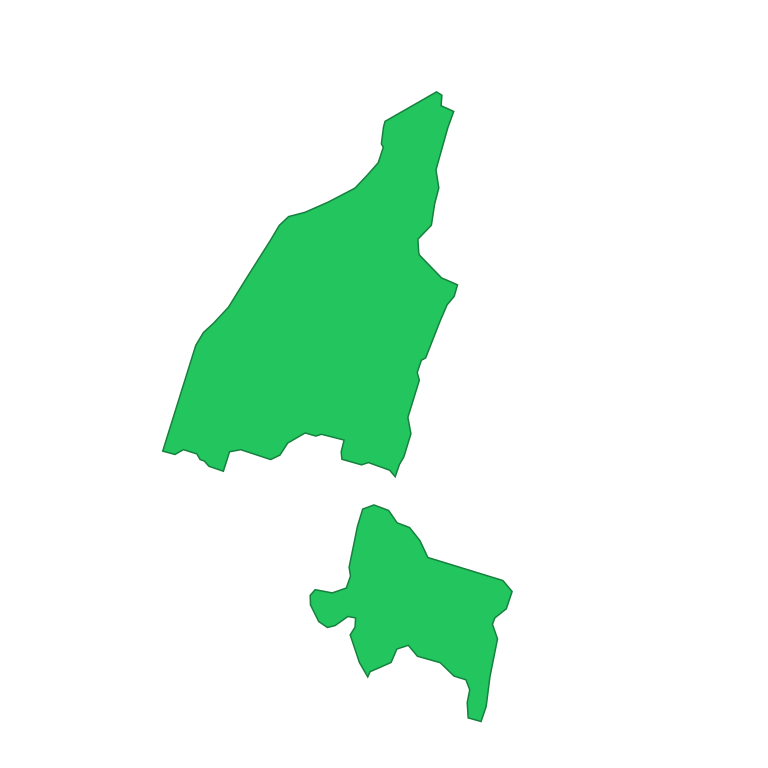 outline of Magaria, Zinder, Niger, rotated 107°
{"feature_id": "23599985B72934105448405", "entity_name": "Magaria", "entity_type": "district", "adm_level": 2, "iso_a3": "NER", "parent_name": "Niger", "parent_adm1": "Zinder", "projection": "orthographic", "projection_center": [9.055, 13.224], "detail": "fine", "context": "isolated", "style": "filled", "palette": "green", "viewbox_px": 768, "rotation_deg": 107, "n_neighbors": 0, "source": "geoboundaries", "source_scale": "gbopen_adm2", "svg_char_len": 1525}
<svg xmlns="http://www.w3.org/2000/svg" viewBox="0 0 768 768"><g transform="rotate(107 384 384)"><path d="M89.3,419.2L132.5,459.8L138.5,459.6L155.2,456.7L157.8,453.9L174.0,454.2L189.7,461.3L205.2,469.1L226.4,490.6L243.0,509.9L251.8,524.2L262.9,530.5L279.7,534.6L318.7,545.3L334.8,549.6L356.0,555.2L375.5,564.7L387.5,571.7L401.9,575.3L512.9,576.0L512.5,563.3L505.4,556.6L505.6,542.5L510.0,537.8L510.2,533.3L513.9,527.4L514.4,512.1L494.0,511.9L488.7,501.8L489.4,470.3L482.4,462.7L468.6,458.8L453.9,445.1L453.7,433.9L450.4,429.2L449.7,415.0L449.3,405.8L461.5,405.1L468.3,402.2L467.9,381.9L463.7,375.9L464.8,353.4L469.4,346.2L456.3,345.7L448.0,343.7L423.7,343.7L409.0,351.4L370.1,351.3L363.3,355.6L350.4,355.2L346.9,351.8L308.1,348.8L289.8,346.8L279.7,342.5L267.7,342.7L265.7,360.0L250.3,387.9L247.7,389.4L235.6,393.9L218.3,385.1L197.1,388.2L180.5,388.9L164.0,396.9L120.0,397.9L103.0,397.0L101.2,410.7L90.9,413.1L89.3,419.2ZM678.7,205.9L678.4,192.5L662.5,192.0L632.9,197.1L594.6,200.9L582.1,210.0L575.3,209.6L563.2,201.3L545.0,200.8L537.2,212.8L537.1,291.3L523.3,303.8L513.8,317.6L512.9,330.9L503.6,342.6L502.6,358.3L509.8,367.8L527.8,367.8L569.4,363.8L577.5,359.9L590.1,360.4L598.9,372.4L600.8,389.7L607.7,392.8L616.8,389.7L630.3,376.9L633.4,366.9L629.3,360.1L616.9,350.6L616.0,342.8L625.0,340.6L633.8,343.0L657.5,326.1L668.9,313.9L663.2,313.2L648.2,295.8L633.7,294.2L626.8,284.4L634.6,272.4L634.1,248.7L642.9,231.6L642.9,219.2L651.4,212.6L664.2,211.3L678.7,205.9Z" fill="#22c55e" stroke="#15803d" stroke-width="1.5"/></g></svg>